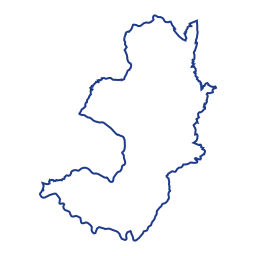 La Belleza, Santander, Colombia (Mercator projection), rotated 270°
{"feature_id": "7082276B28404230547509", "entity_name": "La Belleza", "entity_type": "district", "adm_level": 2, "iso_a3": "COL", "parent_name": "Colombia", "parent_adm1": "Santander", "projection": "mercator", "projection_center": [-74.033, 5.926], "detail": "fine", "context": "isolated", "style": "outline", "palette": "blue", "viewbox_px": 256, "rotation_deg": 270, "n_neighbors": 0, "source": "geoboundaries", "source_scale": "gbopen_adm2", "svg_char_len": 5822}
<svg xmlns="http://www.w3.org/2000/svg" viewBox="0 0 256 256"><g transform="rotate(270 128 128)"><path d="M101.7,204.2L102.5,204.1L103.4,204.8L105.0,205.0L106.1,204.1L106.8,202.4L108.1,203.2L108.7,201.2L110.3,201.2L111.1,200.8L111.4,200.1L110.9,199.5L110.9,199.1L113.2,193.5L113.9,194.7L115.3,196.4L116.4,197.0L119.0,197.5L120.4,197.5L121.6,197.0L121.8,196.7L121.5,195.1L126.0,195.7L127.9,195.1L130.6,193.6L131.3,193.9L132.0,194.9L133.7,196.4L133.4,197.6L134.8,197.0L134.5,197.3L135.5,196.9L136.5,197.2L136.9,196.6L138.7,199.0L139.8,198.3L141.8,198.0L143.3,198.8L143.8,199.6L143.6,200.3L144.3,201.7L145.3,202.9L146.3,203.5L147.2,205.0L148.9,205.0L149.1,203.8L149.9,204.2L151.4,204.2L151.6,205.2L152.5,204.9L152.7,206.0L154.4,207.0L155.7,206.5L156.8,207.1L158.5,207.3L159.8,207.8L160.9,207.4L161.7,206.7L162.0,206.8L163.0,207.6L162.8,209.9L163.8,212.9L165.6,212.5L166.6,212.8L167.3,213.8L168.0,215.9L168.3,216.0L169.5,215.3L169.0,213.9L169.3,212.8L169.1,212.2L170.0,210.1L170.6,209.2L171.2,208.8L171.2,208.3L172.3,208.1L173.0,207.3L172.2,205.5L170.0,204.4L170.1,203.3L167.7,202.7L166.5,201.4L170.5,201.1L171.4,201.3L172.1,200.5L172.9,201.1L174.9,199.6L174.7,198.7L176.0,198.0L176.9,196.9L178.5,197.5L179.6,195.8L180.2,195.5L182.7,195.7L183.2,195.4L183.0,194.6L183.8,194.1L185.0,195.8L187.2,195.6L188.9,194.2L189.4,194.2L189.1,191.7L189.9,192.0L190.0,193.0L191.3,193.2L191.9,193.9L192.1,193.1L192.9,192.4L193.5,192.4L193.8,193.4L194.3,193.6L196.0,192.5L196.3,192.7L196.2,193.6L197.1,194.4L200.7,194.5L203.6,193.8L204.2,194.0L205.0,194.8L209.8,196.4L213.1,197.1L213.6,196.4L213.1,195.5L213.6,195.5L214.4,196.1L216.0,195.9L217.5,196.7L223.9,197.7L226.2,197.2L229.5,197.3L235.3,196.9L232.3,189.6L231.4,189.7L229.9,191.4L229.7,191.1L229.8,189.1L228.9,187.6L227.2,187.4L226.0,186.3L224.3,186.2L224.2,185.5L223.1,185.8L222.8,185.6L222.7,184.5L222.3,184.4L221.5,185.0L217.6,186.4L216.7,185.7L215.5,185.5L216.7,182.7L220.0,178.7L225.3,174.3L225.9,174.0L226.5,174.7L226.6,174.2L227.2,174.0L227.3,174.5L227.7,174.7L230.7,172.3L234.3,170.7L234.4,169.9L233.8,168.3L234.0,165.6L234.5,164.9L237.6,163.0L238.0,162.4L238.9,160.6L239.0,157.7L240.2,156.1L240.6,154.8L240.5,154.2L240.0,153.6L238.6,153.0L236.5,153.5L235.9,153.2L233.9,150.8L233.2,148.8L233.5,146.1L232.8,143.9L230.3,140.8L230.0,139.7L229.9,138.4L231.0,136.2L231.4,133.6L231.1,133.0L227.5,131.7L225.5,130.4L225.1,129.5L224.2,129.0L224.3,127.6L223.8,126.5L222.6,125.6L221.9,125.9L220.9,125.2L218.5,124.5L215.9,124.2L213.7,125.2L211.6,125.0L208.9,126.7L205.9,124.6L204.7,125.5L204.1,125.5L201.2,126.8L198.5,127.3L197.4,127.2L194.5,128.1L192.9,129.6L192.6,130.5L191.0,131.2L188.0,130.7L187.3,129.8L186.2,129.5L185.9,128.5L185.1,127.6L181.4,126.2L179.0,124.7L176.8,124.2L175.9,121.8L176.4,121.8L176.5,121.4L176.0,119.5L176.2,118.3L175.9,117.3L176.3,115.9L176.1,114.6L176.5,112.5L178.0,110.8L178.0,109.1L177.2,105.9L178.0,103.9L177.7,101.7L176.8,101.8L176.8,101.4L175.8,100.8L175.9,98.9L174.5,98.7L175.1,97.8L173.9,97.9L174.2,96.1L173.1,95.6L172.2,94.5L170.7,93.2L169.2,92.5L169.1,91.9L169.9,92.4L170.2,92.3L170.2,91.9L168.6,91.0L168.1,90.3L167.7,90.5L166.6,92.5L165.8,91.9L165.8,91.4L166.2,90.9L165.0,90.6L161.6,90.9L161.4,90.5L159.5,89.1L158.9,89.1L157.9,88.6L156.0,87.1L153.7,86.9L153.3,85.9L153.0,85.7L150.9,85.2L149.6,85.5L147.7,83.4L146.5,81.7L144.4,80.7L142.4,79.4L141.9,79.5L141.0,81.9L140.9,84.2L138.5,88.0L138.5,89.2L137.9,90.6L135.6,93.3L134.7,95.0L133.5,99.4L133.7,102.0L133.3,103.7L127.7,111.0L122.4,115.9L121.1,117.6L121.3,118.6L120.3,120.2L119.9,121.8L118.8,123.5L116.2,124.6L110.0,124.9L106.9,124.6L105.0,123.8L103.6,122.2L102.8,122.3L101.2,123.6L97.5,124.1L94.9,125.0L93.0,125.2L91.8,124.8L91.1,124.1L90.7,123.0L89.7,122.1L86.7,121.5L84.7,120.1L84.1,118.1L83.1,117.0L78.6,113.7L75.0,113.1L74.2,112.3L74.1,111.1L74.6,109.7L77.8,107.6L78.5,106.7L78.2,105.9L78.7,104.1L82.1,98.0L82.5,96.3L82.5,93.7L82.9,92.7L83.4,91.9L86.0,89.7L87.3,88.1L88.2,85.9L88.3,84.0L87.5,81.4L85.3,78.7L85.9,75.5L85.7,73.8L85.1,72.3L83.8,71.1L82.5,71.0L80.7,70.0L80.2,68.4L80.7,66.9L80.6,66.6L79.9,65.6L78.9,65.0L78.9,64.6L77.1,64.3L76.8,62.3L75.7,61.8L76.0,59.9L75.5,57.8L76.0,56.8L75.8,56.1L75.0,55.6L75.4,54.8L74.9,53.8L75.9,53.1L76.2,52.0L75.6,50.6L76.0,49.8L75.3,49.7L74.6,49.1L72.6,49.6L72.3,49.2L71.9,47.9L71.9,46.4L73.0,42.6L70.5,43.6L68.7,43.4L66.8,42.7L66.5,43.2L66.0,43.4L65.6,43.2L65.3,42.0L63.6,41.1L62.6,40.1L61.6,40.0L59.8,41.0L58.9,41.8L58.4,42.9L58.4,44.0L58.5,44.9L61.0,49.8L62.3,54.0L62.4,55.1L62.2,56.0L58.6,59.0L56.8,60.0L53.0,59.4L52.5,59.6L52.2,60.2L52.6,63.0L51.8,64.2L49.3,63.3L47.8,63.6L46.7,64.4L46.1,64.9L44.5,68.9L43.7,69.7L41.3,70.5L39.8,71.5L39.5,72.3L39.5,73.8L40.1,76.0L39.3,78.3L38.1,80.4L33.8,81.1L32.9,81.7L32.7,83.5L33.6,86.0L33.1,87.7L32.4,88.6L30.8,90.5L29.1,91.8L25.5,91.6L23.7,92.6L22.6,94.0L23.0,95.4L27.4,97.0L28.9,99.1L27.6,103.8L27.0,105.0L27.4,109.1L24.5,116.9L23.8,118.0L21.7,119.8L20.6,119.9L17.3,121.7L16.1,124.8L16.1,125.5L16.8,126.4L17.9,126.6L19.0,126.2L20.1,126.2L21.7,126.3L22.9,126.9L23.8,127.6L24.9,130.4L24.3,130.9L21.6,131.6L21.2,132.0L19.7,132.6L16.3,133.4L15.6,134.1L15.4,135.0L15.7,136.1L18.1,139.1L22.6,142.9L24.6,143.7L25.4,146.6L25.8,147.2L29.0,148.3L30.9,151.1L32.5,151.5L34.3,152.4L36.6,154.3L40.2,155.6L41.3,156.5L45.2,157.0L48.5,159.8L49.6,161.2L51.7,162.1L52.3,163.0L52.8,165.0L53.3,165.7L54.8,167.3L56.7,168.2L57.2,168.8L58.6,168.9L61.7,168.4L63.8,168.8L65.0,170.1L65.4,170.1L66.5,169.3L69.1,169.5L71.8,169.0L74.2,169.2L77.6,168.5L79.2,166.7L80.3,166.6L81.2,167.9L82.2,168.1L84.7,172.0L84.2,175.1L84.4,175.6L87.2,177.4L88.3,178.9L88.6,181.0L89.4,182.2L91.5,183.3L91.6,186.3L92.4,188.8L93.5,190.4L93.1,194.2L93.2,195.6L93.6,197.1L94.9,197.3L96.6,195.4L97.5,195.0L97.8,195.3L97.9,196.0L96.7,198.9L96.6,200.4L97.7,200.9L99.5,200.3L100.2,201.6L101.3,202.9L101.7,204.2Z" fill="none" stroke="#1e3a8a" stroke-width="2"/></g></svg>